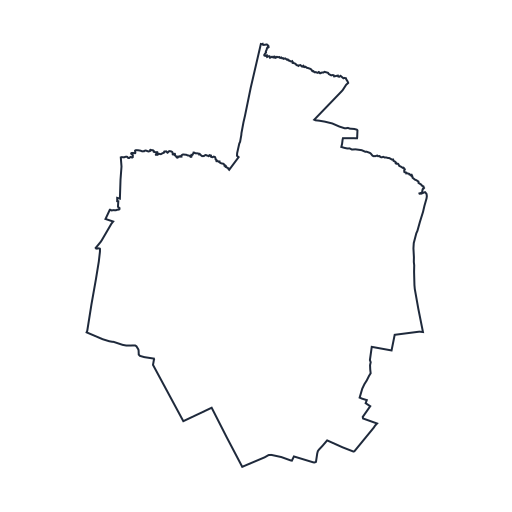 Salcuta, Dolj, Romania (Natural Earth projection), rotated 355°
{"feature_id": "2599482B15452275926082", "entity_name": "Salcuta", "entity_type": "district", "adm_level": 2, "iso_a3": "ROU", "parent_name": "Romania", "parent_adm1": "Dolj", "projection": "natural_earth1", "projection_center": [23.464, 44.234], "detail": "fine", "context": "isolated", "style": "outline", "palette": "slate", "viewbox_px": 512, "rotation_deg": 355, "n_neighbors": 0, "source": "geoboundaries", "source_scale": "gbopen_adm2", "svg_char_len": 6021}
<svg xmlns="http://www.w3.org/2000/svg" viewBox="0 0 512 512"><g transform="rotate(355 256 256)"><path d="M247.1,457.3L251.2,455.4L254.0,455.5L263.7,458.5L272.8,462.7L273.9,463.0L276.3,459.0L295.2,466.6L296.4,466.8L297.8,466.3L299.8,458.0L300.6,455.8L301.8,454.4L305.6,451.0L310.8,445.9L325.5,454.1L336.0,459.3L336.7,459.2L337.2,458.9L358.3,437.3L359.9,435.3L362.0,433.4L348.5,427.2L348.3,425.6L356.7,415.6L352.4,412.2L353.8,409.2L349.3,407.4L346.9,406.1L350.3,397.4L352.9,393.0L355.5,389.6L358.2,385.2L360.0,382.8L359.9,379.1L360.1,374.7L361.0,371.8L360.4,369.6L363.4,356.6L382.8,361.9L387.3,346.6L412.2,345.6L415.7,346.3L413.1,322.8L411.3,302.6L411.3,298.8L412.1,285.5L412.8,279.0L412.7,275.7L413.2,271.0L413.5,262.1L414.3,256.8L417.7,247.3L419.0,245.0L422.3,236.2L426.2,226.7L428.2,220.6L430.9,213.5L431.4,211.3L431.3,209.1L430.1,207.2L429.5,207.2L426.1,208.3L424.4,208.2L424.3,207.9L426.5,207.4L427.0,207.0L427.8,204.1L428.3,203.4L428.7,203.5L429.3,202.9L429.0,202.5L429.0,201.8L428.9,201.3L427.2,200.2L427.0,199.5L426.6,199.1L424.3,197.4L424.3,196.0L422.4,194.5L421.0,193.8L418.8,191.7L418.7,190.4L418.2,190.2L417.4,189.3L417.4,189.1L418.2,188.9L418.1,188.6L416.0,188.3L415.7,187.5L413.8,186.8L412.9,186.8L412.9,186.0L411.2,185.4L411.0,184.1L411.8,182.6L411.1,182.0L410.9,181.1L410.5,180.8L409.9,181.0L407.7,179.3L406.7,178.9L405.7,176.7L405.3,176.4L403.9,176.3L403.4,176.0L403.2,175.7L403.5,175.0L402.7,174.1L401.3,173.2L401.0,171.8L399.8,171.8L397.4,170.1L395.8,169.8L394.3,169.2L392.8,169.1L391.4,168.3L390.1,168.6L389.4,168.6L388.4,168.1L387.8,167.2L386.2,167.2L385.5,166.5L383.8,166.9L381.8,166.8L380.8,166.2L379.3,164.0L378.4,163.2L375.2,161.7L374.0,161.7L370.5,159.8L364.4,158.4L360.8,158.3L358.7,157.0L356.2,156.8L353.5,156.0L350.5,154.8L351.5,151.9L352.4,147.7L352.9,146.2L366.9,147.5L367.1,146.8L368.0,139.8L367.8,139.3L367.4,138.9L364.9,138.0L360.6,137.3L358.7,136.4L356.7,136.6L355.5,136.5L350.3,134.3L343.5,130.6L336.1,128.1L330.7,126.7L327.1,126.0L325.9,125.3L356.2,98.9L356.9,98.2L360.8,93.2L362.9,91.7L362.9,91.3L362.1,89.3L361.3,87.9L361.1,86.8L359.6,86.3L358.6,86.6L355.9,83.9L354.5,84.7L353.5,84.3L353.3,83.4L349.5,83.9L349.1,82.7L347.8,82.4L346.7,82.6L344.4,81.1L343.7,79.8L340.3,78.5L339.2,79.1L337.4,79.0L336.6,79.4L335.8,79.6L335.4,79.4L335.1,78.5L334.5,78.2L334.0,78.7L333.3,78.9L331.5,78.0L330.7,78.2L329.7,77.5L329.3,76.8L328.5,76.5L328.3,76.7L327.9,76.3L327.5,75.3L326.6,74.4L324.0,73.2L323.3,73.1L321.8,71.8L321.5,71.7L321.0,72.1L320.3,71.9L320.0,71.0L319.7,70.6L318.6,71.4L318.3,71.3L316.9,69.7L315.3,69.9L314.8,70.3L314.2,69.7L313.5,69.6L312.8,69.1L312.7,68.7L311.8,67.8L310.4,67.1L309.5,66.9L309.7,66.3L309.3,66.1L309.0,65.1L308.4,65.4L307.2,65.0L306.8,64.6L306.2,64.4L306.1,64.1L305.4,64.0L304.9,63.0L304.7,62.9L304.0,63.2L302.3,61.7L300.8,62.0L300.3,61.3L299.8,61.2L299.3,61.4L298.4,60.4L297.5,60.8L297.0,60.6L296.5,59.8L295.3,59.9L294.2,59.4L293.5,59.6L293.4,60.0L292.7,60.3L292.5,60.2L292.1,59.1L291.8,58.9L291.2,59.0L290.9,59.8L289.8,59.4L289.3,58.9L287.3,59.7L286.9,58.2L286.7,58.1L286.0,58.1L284.4,58.7L284.2,58.0L284.4,57.4L284.3,57.0L283.1,57.5L282.5,57.4L281.8,57.0L281.7,56.5L282.7,55.1L283.7,54.2L283.6,53.1L284.6,51.4L285.0,50.0L285.2,49.7L286.3,49.4L286.8,49.0L286.7,48.5L286.2,48.1L286.5,47.5L285.2,46.2L282.3,46.4L281.5,46.3L281.2,45.9L281.1,45.2L279.7,45.5L279.3,45.3L265.4,87.9L257.2,115.5L255.2,121.6L252.2,132.4L251.9,134.2L250.1,140.9L249.2,142.4L248.9,143.3L246.2,151.8L245.8,154.5L247.3,156.0L236.8,167.8L236.4,167.3L237.0,166.7L235.0,165.6L234.7,165.2L233.5,164.6L233.3,164.3L233.8,163.8L233.7,163.5L233.3,163.2L232.7,163.5L232.4,163.3L232.5,162.4L231.6,161.3L229.6,160.7L228.5,160.1L228.1,159.7L227.9,158.7L227.1,158.9L226.2,158.1L225.4,158.2L224.9,158.1L224.8,157.7L225.0,156.9L224.2,156.2L224.2,155.2L223.7,153.8L222.5,153.3L221.3,153.8L219.9,153.3L219.6,152.9L219.9,152.3L219.9,152.0L218.5,151.5L218.0,152.1L217.4,152.4L216.8,151.9L216.0,151.7L214.8,151.0L214.2,151.1L212.7,151.9L211.0,151.8L209.9,150.8L208.8,149.4L208.2,149.8L208.0,149.3L207.4,148.9L206.4,148.6L204.9,148.5L203.2,147.5L202.8,147.5L202.6,148.4L201.9,149.0L201.5,149.7L200.5,149.6L200.4,151.1L200.3,151.5L200.0,151.6L199.4,151.5L198.8,150.5L197.5,150.0L196.8,149.9L195.4,149.1L192.2,148.5L191.3,148.8L190.6,149.3L190.4,150.5L189.9,150.4L189.0,149.9L188.7,150.0L188.6,150.4L187.1,150.1L186.8,151.0L186.1,151.2L185.5,150.7L185.2,149.9L184.6,149.2L184.0,148.7L184.2,147.4L184.0,147.1L183.6,147.1L182.8,147.7L182.2,147.7L181.9,147.5L181.9,145.8L181.6,145.1L180.8,144.5L179.2,144.0L178.6,144.0L176.9,145.4L176.5,145.1L175.8,144.0L174.0,143.9L173.7,144.0L173.7,144.6L173.4,145.0L171.5,145.6L170.3,146.2L169.7,146.2L168.2,145.7L166.7,146.6L166.4,146.6L165.1,146.4L165.1,146.1L166.3,145.3L166.8,144.1L166.6,143.9L165.0,143.9L163.4,143.4L163.2,143.2L163.4,142.7L163.3,142.4L162.4,141.6L161.5,141.6L160.1,141.0L159.9,141.1L159.7,142.1L159.2,142.3L157.9,142.5L155.4,141.3L154.0,141.5L153.6,141.9L151.7,141.8L150.1,141.0L147.9,140.4L145.7,140.1L145.0,140.3L144.7,140.5L144.8,142.7L144.6,143.0L143.4,142.9L142.5,142.6L140.9,142.6L140.6,142.9L140.7,143.4L141.9,144.5L142.1,144.9L141.9,145.8L141.9,146.7L141.3,147.1L140.8,147.0L140.2,146.6L139.6,146.4L138.3,147.3L137.6,147.3L137.1,147.1L136.5,146.1L135.8,145.8L134.6,145.8L133.1,146.2L130.8,145.8L129.9,146.0L129.8,155.2L127.7,168.0L125.4,187.0L122.8,186.0L122.5,189.3L123.6,189.5L122.8,194.7L122.9,195.1L124.2,196.4L124.0,197.5L123.4,197.8L121.8,197.8L121.0,198.1L119.7,198.2L118.2,197.9L115.9,198.0L115.1,197.3L114.4,197.2L109.3,206.0L116.7,209.2L114.8,211.2L103.7,226.9L102.5,228.4L97.0,234.0L97.5,234.7L98.3,234.8L99.6,234.6L101.0,235.0L101.2,235.3L100.9,238.2L98.9,247.9L94.4,265.6L87.9,289.7L81.4,315.7L80.6,317.3L95.9,325.5L102.3,328.1L105.2,328.9L106.6,329.1L115.4,332.9L119.0,333.9L127.8,334.6L129.0,335.5L130.4,338.3L130.7,339.0L130.8,340.2L130.6,344.0L131.7,345.4L135.9,347.0L146.1,349.5L145.7,349.6L145.2,350.7L143.9,355.5L169.2,414.2L198.6,403.3L211.0,434.0L223.9,464.8L247.1,457.3Z" fill="none" stroke="#1e293b" stroke-width="2"/></g></svg>